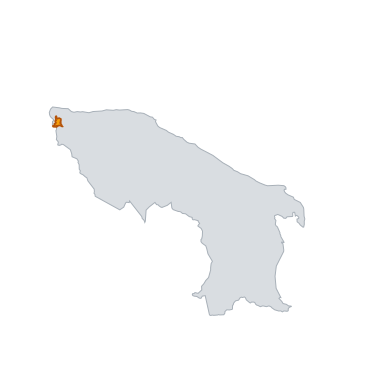 location of Tarata, Tacna, Peru, rotated 142°
{"feature_id": "86281439B57455266090466", "entity_name": "Tarata", "entity_type": "district", "adm_level": 2, "iso_a3": "PER", "parent_name": "Peru", "parent_adm1": "Tacna", "projection": "equal_earth", "projection_center": [-69.943, -17.407], "detail": "fine", "context": "in_parent", "style": "filled", "palette": "amber", "viewbox_px": 384, "rotation_deg": 142, "n_neighbors": 0, "source": "geoboundaries", "source_scale": "gbopen_adm2", "svg_char_len": 6109}
<svg xmlns="http://www.w3.org/2000/svg" viewBox="0 0 384 384"><g transform="rotate(142 192 192)"><path d="M255.1,109.8L255.0,110.9L254.0,111.5L253.0,110.7L251.6,110.9L249.6,108.4L244.6,108.8L242.5,111.8L239.2,112.4L235.6,113.8L231.6,114.4L225.3,119.1L223.8,121.0L221.0,123.8L218.6,124.8L217.5,133.4L215.2,138.4L214.3,141.1L215.5,145.3L215.5,147.3L214.2,149.0L213.2,149.1L211.0,150.9L207.8,154.7L207.2,157.6L208.3,161.5L207.9,161.9L205.3,162.6L205.3,164.8L204.8,165.6L207.1,168.7L208.3,169.4L208.4,170.2L208.2,171.0L207.7,171.3L207.6,172.0L209.3,174.3L210.5,178.8L212.8,181.1L212.9,182.6L213.6,184.0L214.8,185.1L217.7,189.7L217.7,191.8L214.8,196.7L219.7,196.7L225.1,198.3L225.8,199.1L226.5,201.3L226.6,202.8L227.7,203.9L227.6,206.6L234.7,206.6L239.3,206.0L246.7,197.8L247.9,197.1L247.3,198.9L247.2,200.2L247.6,201.6L246.7,203.6L246.7,223.4L248.0,222.3L249.8,224.2L251.0,224.3L255.1,222.1L259.9,222.4L270.9,248.2L269.9,250.0L270.0,251.3L268.6,252.5L267.3,254.5L267.2,264.8L266.1,267.9L266.7,269.5L267.3,272.7L268.3,274.7L268.6,275.9L268.4,276.4L266.9,277.5L266.8,279.4L264.1,283.0L263.6,285.5L262.5,286.3L262.3,289.1L264.8,293.6L263.2,296.3L261.8,300.3L264.2,308.7L265.3,309.9L266.3,309.8L268.0,310.5L268.8,311.8L266.8,313.4L266.5,314.1L266.6,316.8L264.4,318.9L261.5,324.1L260.7,324.4L259.2,326.0L259.0,326.8L259.2,327.5L260.5,329.1L260.6,331.0L258.5,333.4L257.0,333.6L256.5,334.2L257.1,337.5L257.1,338.9L256.6,340.6L255.5,342.5L252.4,344.4L249.5,344.8L244.7,340.0L243.1,338.0L238.3,333.9L237.5,329.6L235.9,327.5L232.9,326.0L230.6,323.7L228.8,322.7L224.4,317.9L220.4,316.3L213.0,311.2L208.9,309.5L203.7,304.8L201.0,303.5L198.7,301.2L191.9,296.5L190.8,295.0L189.8,292.6L188.3,291.2L186.6,288.0L184.0,286.1L181.6,283.6L178.6,276.9L177.1,275.3L177.0,272.3L176.0,270.9L177.5,269.9L178.3,265.1L177.8,262.7L174.3,256.3L173.7,253.6L171.1,248.7L170.2,245.7L168.1,243.5L167.3,241.7L166.1,240.9L166.1,238.6L165.3,234.3L164.1,232.1L160.1,228.0L159.7,223.6L158.7,220.5L153.0,208.0L149.7,196.0L146.9,189.3L145.8,185.5L145.7,183.4L143.6,179.8L142.5,176.6L137.9,170.3L135.2,163.3L134.8,161.2L133.0,157.4L130.1,152.4L128.6,150.4L119.8,144.2L115.7,140.4L115.2,138.5L115.4,137.4L116.3,136.3L117.5,137.2L118.3,136.8L118.9,135.4L118.9,133.4L118.1,130.7L115.3,125.5L116.0,123.2L113.1,117.1L113.7,111.3L114.4,109.8L118.6,103.9L119.7,101.3L121.6,99.8L123.4,97.4L125.6,95.6L126.3,96.2L127.0,99.4L126.9,101.5L127.5,103.8L126.0,106.0L124.3,105.5L123.6,106.0L123.4,107.0L123.7,108.7L124.1,109.3L125.4,109.4L123.7,112.5L123.8,113.1L125.0,113.7L126.1,112.9L127.3,111.1L128.0,110.9L132.3,113.9L134.3,113.5L135.8,114.9L136.0,117.2L138.2,121.5L141.4,122.5L141.9,122.2L142.6,120.6L143.3,120.3L143.4,117.9L146.2,115.3L146.6,113.6L146.2,112.3L146.3,111.4L147.8,105.7L148.4,105.1L148.8,103.2L149.5,102.1L150.4,95.7L151.1,95.8L151.9,97.3L152.7,96.9L152.3,95.4L152.4,94.9L155.4,89.8L156.4,88.7L171.2,81.7L178.5,74.4L185.0,64.3L187.0,54.1L187.8,54.8L189.0,54.6L188.6,50.4L188.9,48.5L188.8,47.9L186.8,45.4L186.0,42.7L184.2,41.2L184.3,40.6L186.2,41.2L187.9,40.9L189.3,39.2L190.4,39.4L192.8,41.7L194.6,41.9L195.2,43.6L196.9,44.8L199.4,48.3L200.5,52.1L200.4,52.9L201.5,54.9L203.9,55.8L206.3,58.7L208.8,59.6L209.9,62.1L210.6,62.9L210.9,64.4L210.6,66.1L210.9,67.0L212.8,68.6L214.3,68.6L214.7,69.3L215.6,73.6L215.0,75.7L215.2,76.9L217.3,77.9L217.9,78.8L219.5,79.0L221.8,78.1L224.7,79.4L226.9,79.0L227.9,78.6L229.0,77.7L229.8,77.7L232.1,75.0L232.7,74.8L235.1,76.0L237.2,77.8L239.7,77.5L240.7,76.3L242.5,75.7L245.8,78.0L246.5,79.0L247.4,79.2L250.9,81.5L251.6,82.4L253.4,83.3L253.8,84.0L253.7,84.8L245.4,102.2L248.0,103.6L250.4,102.7L251.6,103.9L252.5,106.7L254.4,108.6L255.1,109.8Z" fill="#d9dde1" stroke="#a8b0b8" stroke-width="1"/><path d="M250.4,330.3L250.5,330.4L250.5,330.5L250.5,330.8L250.6,331.0L250.8,331.2L250.9,331.3L250.9,331.5L251.0,331.6L251.2,331.8L251.2,332.0L251.3,332.0L251.5,332.2L251.8,332.4L252.0,332.4L252.4,332.4L252.5,332.4L252.7,332.5L252.8,332.5L252.8,332.8L252.9,333.1L252.9,333.3L252.8,333.6L252.8,333.8L252.8,334.1L252.7,334.1L252.6,334.5L252.4,334.7L252.3,334.8L252.3,335.0L252.2,335.1L252.2,335.3L252.3,335.4L252.4,335.5L252.7,335.4L252.8,335.4L253.0,335.4L253.3,335.2L253.4,334.9L253.5,334.7L253.7,334.4L253.8,334.4L253.8,334.2L254.0,334.1L254.1,333.8L254.1,333.7L254.3,333.6L254.5,333.4L254.6,333.2L254.5,332.9L254.7,332.7L254.8,332.5L255.0,332.5L255.0,332.3L255.3,332.3L255.3,332.2L255.5,332.3L255.8,332.3L256.0,332.3L256.2,332.2L256.2,331.9L256.2,331.7L256.3,331.6L256.4,331.3L256.4,331.2L256.5,331.1L256.5,330.9L256.5,330.7L256.6,330.4L256.6,330.2L256.8,330.2L257.0,330.2L257.1,330.3L257.2,330.2L257.3,330.2L257.5,330.2L257.9,330.3L258.0,330.2L258.0,330.3L258.2,330.5L258.3,330.5L258.3,330.4L258.5,330.3L258.6,330.2L258.4,330.0L258.5,329.9L258.7,329.7L258.8,329.7L259.0,329.4L259.1,329.5L259.3,329.6L259.5,329.3L259.5,329.2L259.7,329.3L259.8,329.3L260.0,329.3L260.3,329.4L260.5,329.5L260.8,329.8L261.0,330.0L261.1,330.3L261.2,328.8L259.8,327.5L259.5,327.4L259.3,327.4L259.0,327.4L258.9,327.3L258.9,327.2L258.7,327.2L258.6,327.3L258.5,327.2L258.5,327.3L258.5,327.2L258.4,327.3L258.4,327.2L258.3,327.3L258.2,327.3L258.1,327.5L257.9,327.5L257.7,327.4L257.5,327.2L257.5,326.9L257.4,326.9L257.4,326.7L257.2,326.5L256.9,326.6L256.7,326.7L256.4,326.5L256.2,326.5L256.2,326.4L255.9,326.3L255.8,326.2L255.7,326.2L255.4,326.0L255.4,325.9L255.2,325.8L255.2,325.7L255.0,325.4L254.9,325.5L254.8,325.3L254.8,325.2L254.7,325.2L254.4,324.9L254.4,324.7L254.2,324.8L254.1,324.7L254.1,324.3L254.1,324.2L254.1,323.7L253.9,323.4L253.7,323.3L253.7,323.5L253.8,323.9L253.8,324.0L253.7,324.1L253.6,324.3L253.6,324.5L253.5,324.8L253.5,325.0L253.4,325.3L253.5,325.4L253.5,325.5L253.5,325.8L253.4,325.9L253.4,326.0L253.4,326.3L253.2,326.6L253.3,326.6L253.3,326.8L253.4,327.0L253.5,327.5L253.4,327.6L253.3,327.8L253.1,327.9L252.9,327.9L252.8,328.0L252.8,327.9L252.7,328.0L252.6,327.9L252.4,328.0L252.2,328.0L252.0,328.3L251.9,328.5L251.7,328.6L251.5,328.8L251.4,328.9L251.4,329.1L251.2,329.2L251.3,329.3L251.2,329.4L251.0,329.5L250.9,329.7L250.8,329.8L250.7,329.9L250.7,330.0L250.4,330.3Z" fill="#f59e0b" stroke="#b45309" stroke-width="1.5"/></g></svg>